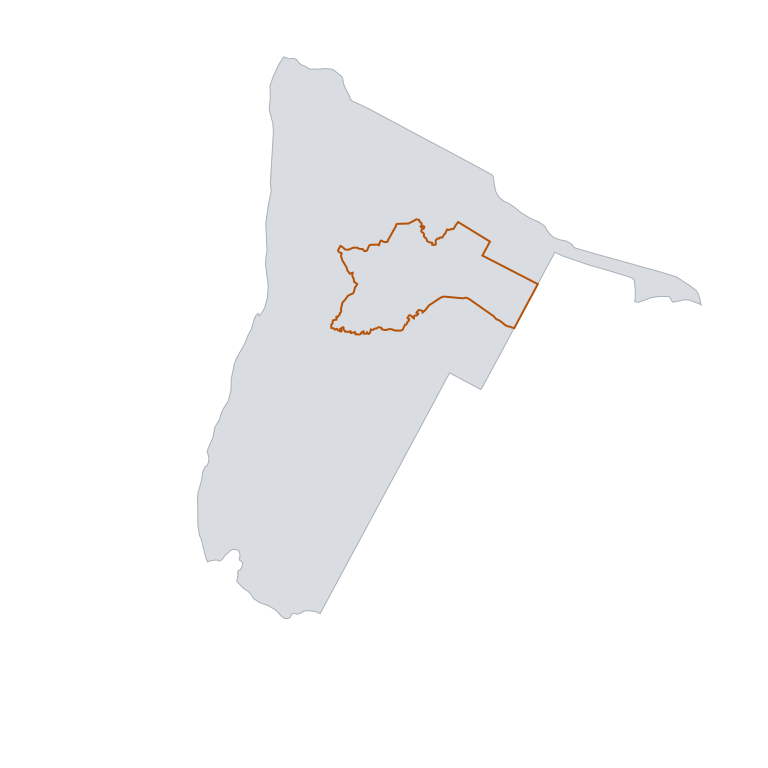 location of Otjozondjupa within Namibia, rotated 28°
{"feature_id": "NAM-3349", "entity_name": "Otjozondjupa", "entity_type": "Region", "adm_level": 1, "iso_a3": "NAM", "parent_name": "Namibia", "parent_adm1": "", "projection": "natural_earth1", "projection_center": [17.471, -20.567], "detail": "fine", "context": "in_parent", "style": "outline", "palette": "amber", "viewbox_px": 768, "rotation_deg": 28, "n_neighbors": 0, "source": "natural_earth", "source_scale": "10m", "svg_char_len": 8879}
<svg xmlns="http://www.w3.org/2000/svg" viewBox="0 0 768 768"><g transform="rotate(28 384 384)"><path d="M559.5,158.9L567.2,157.1L574.6,155.5L583.1,153.8L590.0,152.5L591.7,152.1L608.1,153.7L615.3,154.8L617.7,155.8L621.0,158.6L626.9,165.3L625.3,165.1L614.3,166.5L610.1,168.3L600.6,176.3L598.6,175.3L596.4,173.6L594.5,173.1L590.4,175.1L586.2,177.3L581.6,180.6L577.9,183.8L576.6,185.5L570.7,192.0L568.8,193.1L567.1,193.5L566.4,193.2L565.7,190.4L562.2,183.8L556.5,175.2L554.8,174.4L553.6,174.0L549.3,174.5L536.9,176.9L526.4,179.0L510.3,182.5L493.0,185.3L482.3,187.0L473.0,187.5L473.0,196.1L472.9,213.3L472.9,230.6L472.8,247.9L472.7,265.1L472.6,282.4L472.6,299.7L472.5,316.9L472.4,334.2L472.3,341.8L472.0,343.4L466.8,343.4L454.8,343.4L444.8,343.4L436.7,343.4L436.6,353.6L436.6,365.8L436.6,377.9L436.5,390.1L436.5,402.2L436.4,414.4L436.4,426.5L436.3,438.7L436.3,450.8L436.2,460.0L436.2,461.0L436.1,478.9L436.0,497.7L435.9,516.6L435.8,535.5L435.7,554.3L435.6,573.2L435.5,592.1L435.4,610.9L435.4,616.9L431.8,616.8L424.5,619.1L419.9,622.1L417.9,625.8L415.2,628.1L411.9,628.9L410.5,630.8L410.8,633.7L409.6,636.0L406.6,637.6L401.9,637.1L395.3,634.6L387.0,634.0L376.9,635.4L369.6,634.7L365.2,632.2L360.5,630.7L355.5,630.4L352.6,629.3L346.7,627.4L345.6,624.1L344.9,621.6L343.2,619.0L343.0,616.9L344.3,615.3L344.5,612.7L343.6,609.2L341.9,607.5L339.6,607.6L338.2,606.2L337.6,603.4L336.2,601.3L333.0,599.1L328.6,600.7L326.6,603.2L325.4,607.1L324.3,609.0L323.8,612.2L323.6,614.5L322.5,616.9L321.3,617.9L320.1,617.5L317.9,618.5L313.1,622.1L311.7,624.0L307.7,620.5L296.2,607.6L292.1,604.2L286.1,596.3L272.7,571.7L270.8,567.0L268.2,555.1L265.2,546.3L264.9,541.2L266.3,538.4L265.4,534.5L263.9,531.0L259.3,526.4L258.0,511.1L254.9,501.3L255.5,493.1L254.0,485.7L253.8,481.0L254.4,471.9L251.9,461.5L246.9,451.4L242.4,436.7L241.7,430.3L242.1,413.0L241.1,405.9L241.1,397.7L239.3,389.1L238.6,384.4L239.8,380.7L240.5,381.8L241.8,382.4L242.7,377.5L242.9,373.1L240.6,362.4L235.5,351.4L223.0,333.5L219.9,326.7L218.1,321.1L204.1,297.5L198.1,280.9L193.8,266.5L189.3,259.9L168.0,213.3L163.3,205.8L154.9,196.9L153.0,194.0L149.7,185.5L143.3,174.1L141.7,163.5L141.1,151.5L141.8,142.3L147.6,141.4L151.5,138.9L155.1,138.7L158.7,140.7L162.5,140.8L164.0,140.5L170.7,140.8L174.6,138.6L179.2,136.4L181.9,134.4L185.6,132.4L190.5,130.4L193.3,130.6L196.8,131.3L201.4,132.1L204.0,133.5L207.1,137.7L211.9,141.6L215.4,144.0L219.5,147.0L220.7,148.2L222.5,148.9L223.5,149.1L231.0,148.6L237.8,148.2L245.1,148.2L258.8,148.2L272.6,148.2L286.3,148.3L300.0,148.3L313.8,148.3L327.5,148.3L341.2,148.3L355.0,148.4L360.6,148.4L370.4,148.5L380.7,148.7L381.9,148.9L383.0,149.7L383.9,150.5L387.6,155.9L392.2,161.5L396.1,164.2L400.7,165.8L405.1,166.3L409.1,166.0L415.9,166.7L425.3,168.5L435.0,169.0L445.2,168.3L452.3,169.3L456.4,172.1L460.6,173.9L464.9,174.9L470.8,174.3L478.1,172.2L484.4,172.5L487.3,174.0L489.0,174.1L499.8,171.9L508.5,170.1L521.6,167.2L532.3,164.8L548.3,161.3L559.5,158.9Z" fill="#d9dde1" stroke="#a8b0b8" stroke-width="1"/><path d="M472.9,223.6L472.9,227.0L472.9,232.3L472.9,237.6L472.8,242.8L472.8,248.1L472.8,253.4L472.8,258.7L472.8,264.0L472.8,269.3L472.8,273.5L472.7,273.5L471.8,273.6L471.2,273.9L470.7,274.1L468.4,274.2L466.5,274.9L466.0,275.0L463.5,275.1L462.2,274.9L460.3,274.4L456.5,273.8L455.1,273.8L453.8,274.0L453.1,274.0L451.4,273.7L450.8,273.4L449.8,272.9L449.2,272.7L420.3,269.1L419.3,269.0L417.2,269.0L416.2,269.2L415.5,269.5L414.3,270.7L413.2,271.4L396.1,278.6L395.7,278.8L394.4,280.0L393.4,281.3L387.0,293.1L386.8,293.7L385.7,299.5L385.4,300.4L384.5,302.6L384.2,302.1L384.0,301.8L383.6,301.5L383.0,301.5L380.5,302.1L379.8,302.6L379.4,304.3L379.2,305.6L379.2,305.9L379.4,306.0L379.7,306.0L380.8,305.7L381.1,305.7L381.2,305.8L381.2,306.2L381.2,307.0L381.1,307.5L380.9,307.9L380.4,308.3L379.1,309.1L378.8,309.4L378.8,309.9L378.9,310.3L379.0,310.7L379.5,311.7L379.6,312.1L379.4,312.1L375.7,311.0L375.3,310.9L375.0,311.0L374.6,311.1L374.2,311.4L373.9,311.7L373.8,312.5L373.7,314.5L373.8,314.8L374.0,314.9L374.3,314.9L375.1,314.9L375.7,314.7L375.8,314.8L375.9,315.1L376.2,316.4L376.2,316.8L376.2,317.2L375.6,317.8L375.6,318.2L375.6,318.6L375.8,320.4L375.7,320.8L375.7,321.2L374.7,321.7L374.7,322.0L374.8,322.7L374.9,323.0L374.9,323.3L374.8,324.5L375.1,326.3L375.1,326.8L374.9,327.4L374.0,328.8L373.2,329.3L370.9,330.4L370.5,330.9L366.8,332.0L366.0,331.9L364.5,332.3L362.8,333.1L361.6,334.2L360.8,335.1L360.4,335.4L359.5,335.9L357.8,336.3L356.7,336.7L356.3,336.7L355.7,336.0L355.4,335.7L355.0,335.6L354.7,335.7L353.0,336.2L352.6,336.4L352.3,336.6L352.0,337.0L351.6,338.2L351.4,338.4L350.2,339.2L349.8,339.5L349.5,340.0L349.2,340.8L349.1,341.0L348.8,341.4L348.5,341.7L348.1,341.9L347.7,342.0L347.0,341.9L346.7,342.0L346.8,342.4L347.5,344.7L347.6,345.1L347.6,345.4L347.2,346.5L347.1,346.9L346.9,347.1L346.5,347.1L345.1,346.4L344.8,346.3L344.8,346.6L344.9,347.3L344.8,347.7L344.5,348.0L344.2,348.2L342.5,349.0L342.1,349.1L342.0,348.9L341.8,348.6L341.7,347.7L341.5,347.3L341.3,347.1L341.0,347.4L340.7,347.7L340.1,348.5L339.9,349.0L339.9,349.4L339.9,350.7L339.7,351.2L339.2,351.7L335.8,353.4L335.4,353.5L335.1,353.3L334.9,352.9L334.7,352.4L334.5,352.0L334.2,351.8L333.9,351.9L333.5,352.2L331.1,354.4L330.8,354.6L330.7,354.6L330.4,354.3L330.2,353.8L330.0,353.5L329.7,353.2L329.2,353.5L328.9,353.8L328.1,354.6L327.8,354.9L327.4,355.2L326.9,355.2L325.3,355.9L324.9,356.0L324.5,355.5L324.0,355.2L323.0,355.1L322.6,354.8L322.3,354.4L322.0,353.5L321.8,353.2L321.6,353.1L321.3,353.1L320.9,353.3L320.7,353.7L319.7,355.6L319.5,355.9L319.4,356.2L319.5,356.5L319.9,356.8L321.1,356.6L321.4,356.6L321.6,356.9L321.7,357.3L321.6,357.7L321.2,358.0L320.1,358.1L319.1,358.0L318.7,358.0L318.4,358.2L318.0,358.3L317.7,358.1L316.9,357.5L316.6,357.4L316.3,357.6L316.0,357.9L315.5,358.7L315.2,359.0L314.8,358.9L314.3,358.7L313.9,358.5L311.1,359.2L309.9,357.1L309.7,356.6L309.6,356.2L309.7,355.8L309.8,355.6L310.1,355.3L310.1,355.1L310.1,354.7L309.1,352.2L309.1,351.8L309.3,351.5L310.5,350.5L310.9,350.0L311.6,349.6L311.8,349.5L311.7,349.1L310.5,347.2L310.4,346.8L310.5,346.7L310.9,346.7L311.2,346.7L311.6,346.5L311.8,346.1L311.9,344.9L312.1,343.7L312.3,343.5L312.3,343.3L312.2,343.1L311.9,342.7L311.7,342.3L311.8,341.9L311.9,341.6L312.1,341.1L312.2,340.6L312.1,340.0L311.5,339.0L311.2,338.6L310.9,338.5L310.8,338.4L310.6,337.7L310.5,336.7L309.1,331.8L310.2,327.1L310.6,323.7L310.7,323.2L310.8,322.8L311.3,322.3L312.7,320.2L314.1,318.6L314.2,317.4L313.1,312.2L313.4,310.8L313.4,308.3L309.9,307.8L309.6,307.8L309.3,307.6L309.2,307.3L308.9,306.7L307.6,305.1L307.3,304.9L306.7,304.6L306.2,304.2L305.2,303.2L304.9,302.7L304.6,302.2L304.3,300.7L304.1,300.4L303.9,300.6L302.4,302.4L302.2,302.6L301.9,302.7L301.5,302.5L300.0,301.6L298.3,300.9L296.2,298.6L289.0,294.3L286.2,291.4L285.9,290.9L285.3,288.7L285.2,288.5L285.0,288.3L284.6,288.3L283.4,288.7L283.0,288.7L282.8,288.7L280.9,288.0L280.7,287.4L280.6,287.0L280.7,282.5L283.2,282.6L286.2,283.4L286.7,283.4L287.2,283.2L289.4,282.2L289.9,281.8L292.2,278.8L292.7,278.3L293.9,277.4L296.4,276.3L296.7,276.2L298.9,276.2L299.3,276.1L301.1,275.2L301.4,275.1L301.8,275.0L302.3,275.1L302.9,275.2L303.5,275.7L304.0,275.8L304.6,275.7L305.1,275.4L305.6,275.1L306.0,274.7L306.2,274.1L306.3,273.6L306.3,273.2L306.1,271.7L306.0,268.3L306.1,268.0L306.5,267.6L312.9,263.9L313.9,264.0L314.3,264.0L314.5,263.8L314.5,263.5L313.9,261.6L313.8,261.2L313.9,258.8L314.0,258.7L317.3,258.6L318.3,258.3L320.3,256.8L320.0,255.2L320.4,239.7L320.1,237.8L320.0,237.1L320.2,236.7L320.5,236.4L330.3,230.8L333.7,226.0L335.2,223.4L337.8,222.7L338.2,222.8L338.7,223.1L338.9,223.6L339.2,223.9L339.7,224.2L340.9,224.1L341.5,224.4L342.0,224.8L342.5,225.6L342.6,226.0L342.6,226.3L342.4,227.6L342.4,227.9L342.7,228.0L343.0,228.0L343.4,228.0L343.6,227.9L343.6,227.5L343.6,227.2L343.7,226.8L343.9,226.5L344.8,226.2L345.6,226.1L345.8,226.2L345.9,226.5L346.0,227.8L346.1,228.2L346.0,228.5L345.7,228.6L345.1,228.7L344.9,228.9L344.8,229.2L344.9,230.9L345.0,231.3L345.1,231.5L345.4,231.8L345.8,232.0L346.2,232.2L347.0,232.0L347.5,232.1L348.0,232.3L349.2,233.1L349.4,233.3L349.5,233.6L349.6,234.3L349.8,234.6L350.5,235.2L350.9,235.4L351.5,235.5L352.4,235.5L353.0,235.7L353.6,236.1L354.8,237.4L355.0,237.5L357.4,237.7L357.9,237.5L359.1,237.0L360.0,236.7L360.4,236.8L360.6,237.0L360.8,237.3L361.0,238.1L361.2,238.5L361.5,238.4L362.0,238.2L363.6,237.2L364.0,236.8L364.2,236.4L364.0,235.9L362.8,234.2L362.5,233.6L362.4,233.1L362.4,232.5L362.5,231.6L362.7,231.3L362.8,231.0L363.1,230.4L364.4,229.7L364.5,229.2L364.6,228.7L364.7,228.3L365.1,228.0L365.5,227.9L366.0,227.8L366.4,227.6L366.6,227.3L366.8,226.5L366.9,225.3L366.9,223.8L367.0,223.2L367.1,222.7L367.4,222.4L367.4,221.8L367.4,221.3L367.1,218.4L367.2,217.9L367.4,217.8L367.8,217.7L368.3,217.7L368.9,217.5L369.6,217.0L370.5,215.8L371.1,215.3L372.2,214.8L372.6,214.3L372.8,209.9L373.4,206.2L410.7,208.5L410.6,224.4L472.9,223.6L472.9,223.6Z" fill="none" stroke="#b45309" stroke-width="2"/></g></svg>